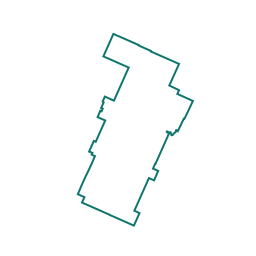 Daireaux, Buenos Aires, Argentina, rotated 248°
{"feature_id": "61730980B69261173940199", "entity_name": "Daireaux", "entity_type": "district", "adm_level": 2, "iso_a3": "ARG", "parent_name": "Argentina", "parent_adm1": "Buenos Aires", "projection": "albers", "projection_center": [-61.961, -36.621], "detail": "fine", "context": "isolated", "style": "outline", "palette": "teal", "viewbox_px": 256, "rotation_deg": 248, "n_neighbors": 0, "source": "geoboundaries", "source_scale": "gbopen_adm2", "svg_char_len": 1848}
<svg xmlns="http://www.w3.org/2000/svg" viewBox="0 0 256 256"><g transform="rotate(248 128 128)"><path d="M167.5,198.5L168.3,199.3L190.4,177.8L190.8,178.2L195.0,174.1L200.6,168.7L200.9,169.0L220.7,149.7L203.6,132.0L183.8,151.3L158.6,125.2L165.8,118.3L162.0,114.4L160.9,115.1L156.6,110.6L155.4,111.8L153.4,109.7L154.4,108.8L149.5,103.9L143.5,109.7L127.3,92.9L128.8,91.5L124.0,86.5L123.7,86.2L120.7,83.1L118.3,85.7L116.9,84.3L114.3,86.8L107.2,79.6L100.2,72.0L99.9,71.5L93.2,64.5L85.4,56.7L80.2,61.7L76.1,57.4L54.4,78.5L54.1,78.6L35.3,96.9L44.8,106.8L48.9,102.9L73.7,128.6L69.7,132.6L76.9,139.9L81.0,136.0L84.6,139.7L84.4,140.0L107.6,164.0L107.7,163.9L107.8,163.8L108.0,163.7L108.4,163.6L108.5,163.5L108.7,163.4L108.9,163.3L108.9,163.1L109.0,163.0L109.3,163.0L109.5,162.8L109.6,162.7L109.9,162.5L110.0,162.6L110.2,162.9L110.0,163.0L109.9,163.1L109.7,163.1L109.6,163.4L109.4,163.4L109.2,163.5L108.8,163.8L108.6,163.9L108.6,164.0L108.3,164.0L108.2,163.9L107.9,164.0L108.0,164.4L108.1,164.6L108.2,164.8L108.2,165.1L108.3,165.3L108.2,165.6L108.0,165.9L107.9,165.9L107.7,165.9L107.4,165.7L107.2,165.6L106.8,165.7L106.6,165.7L106.4,165.8L106.2,165.8L105.9,165.8L105.7,165.9L105.5,165.7L105.4,165.6L105.1,165.6L105.0,165.8L104.9,166.0L104.9,166.4L105.0,166.5L105.0,166.8L104.9,167.1L105.0,167.3L105.1,167.5L105.3,167.7L105.4,167.8L105.5,168.0L105.6,168.3L105.7,168.5L105.8,168.7L105.9,168.8L105.9,169.0L106.0,169.2L106.1,169.4L106.2,169.6L106.2,169.8L106.3,169.9L106.3,170.2L106.4,170.4L106.5,170.6L106.6,170.8L106.7,171.0L106.8,171.1L107.0,171.2L107.2,171.3L107.4,171.4L107.6,171.5L107.9,171.7L108.0,171.9L108.0,172.0L107.9,172.1L107.7,172.2L107.4,172.3L107.2,172.5L106.9,172.7L106.4,173.0L115.7,183.2L115.3,183.6L120.7,189.7L120.9,189.9L128.8,198.3L141.1,186.5L143.9,189.5L151.9,182.2L167.5,198.5Z" fill="none" stroke="#0f766e" stroke-width="2"/></g></svg>